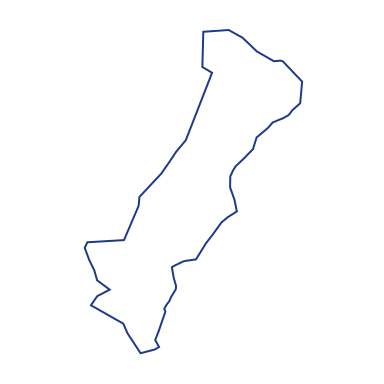 the district of Ede North, Osun, Nigeria, rotated 273°
{"feature_id": "59680162B47259322211203", "entity_name": "Ede North", "entity_type": "district", "adm_level": 2, "iso_a3": "NGA", "parent_name": "Nigeria", "parent_adm1": "Osun", "projection": "mercator", "projection_center": [4.479, 7.716], "detail": "fine", "context": "isolated", "style": "outline", "palette": "blue", "viewbox_px": 384, "rotation_deg": 273, "n_neighbors": 0, "source": "geoboundaries", "source_scale": "gbopen_adm2", "svg_char_len": 959}
<svg xmlns="http://www.w3.org/2000/svg" viewBox="0 0 384 384"><g transform="rotate(273 192 192)"><path d="M286.3,295.4L308.0,296.2L327.4,275.7L327.8,273.4L326.9,266.9L335.7,249.5L348.7,234.4L355.7,220.1L352.6,194.9L317.4,195.8L312.1,205.8L279.7,195.1L243.4,183.1L231.1,173.9L221.4,168.2L208.7,160.3L184.4,139.8L175.3,139.4L140.4,126.6L136.3,90.1L130.6,87.8L118.6,93.0L108.7,98.5L98.8,101.9L90.2,114.9L83.0,102.8L73.6,97.0L56.9,130.3L47.5,135.0L28.3,149.1L32.8,163.1L35.5,167.2L42.3,163.0L51.3,166.0L71.2,171.7L73.8,170.4L77.8,172.3L82.2,175.3L86.0,176.6L94.0,180.9L97.3,181.0L105.1,178.3L115.9,175.8L118.0,179.2L122.3,187.2L122.9,189.3L124.9,199.5L138.7,207.1L141.8,208.8L150.1,214.6L163.1,223.0L168.7,229.0L175.0,237.8L186.5,234.8L198.6,229.8L209.6,229.4L216.0,232.0L219.9,234.2L229.0,242.8L232.5,245.8L237.9,250.6L249.9,253.7L259.8,264.3L265.7,269.0L270.7,279.5L273.9,284.5L279.0,288.0L286.3,295.4Z" fill="none" stroke="#1e3a8a" stroke-width="2"/></g></svg>